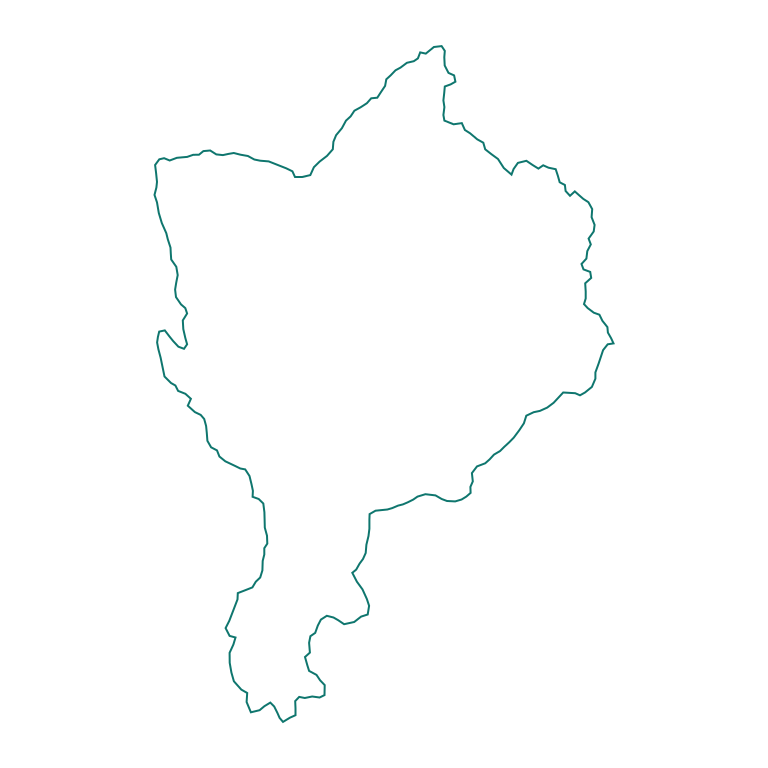 outline of Capão Bonito do Sul, Rio Grande do Sul, Brazil
{"feature_id": "56859067B51661934602442", "entity_name": "Capão Bonito do Sul", "entity_type": "district", "adm_level": 2, "iso_a3": "BRA", "parent_name": "Brazil", "parent_adm1": "Rio Grande do Sul", "projection": "orthographic", "projection_center": [-51.394, -28.175], "detail": "fine", "context": "isolated", "style": "outline", "palette": "teal", "viewbox_px": 768, "rotation_deg": 0, "n_neighbors": 0, "source": "geoboundaries", "source_scale": "gbopen_adm2", "svg_char_len": 3703}
<svg xmlns="http://www.w3.org/2000/svg" viewBox="0 0 768 768"><path d="M613.5,343.4L611.1,338.2L607.9,332.6L607.4,327.1L602.4,320.8L599.4,314.7L593.8,312.7L587.7,308.1L584.0,304.1L585.7,298.5L585.7,291.5L585.2,283.3L591.2,277.9L590.2,271.9L583.5,269.4L581.5,264.0L586.4,258.6L587.3,251.1L590.8,244.4L588.6,238.6L593.7,231.5L594.6,224.9L591.6,217.2L592.2,209.1L588.4,202.2L583.3,198.9L579.4,195.5L574.8,191.4L570.0,195.8L565.6,191.0L564.9,185.0L559.7,182.3L557.9,175.9L555.7,169.2L548.5,167.7L543.2,165.3L538.4,168.6L532.6,165.0L526.4,160.8L517.9,162.9L513.6,169.0L511.5,174.6L503.8,168.0L498.0,159.0L491.3,154.1L485.2,149.3L483.3,142.7L477.2,139.3L470.1,133.3L464.9,130.0L461.8,123.1L453.6,124.3L444.4,120.6L443.4,115.0L444.4,107.1L443.4,100.4L444.2,93.2L444.8,86.5L450.6,84.4L455.4,81.7L454.1,75.4L448.5,72.9L444.7,65.5L444.3,57.2L444.8,50.9L441.6,46.1L433.9,47.0L425.8,53.6L420.2,52.4L417.9,58.4L413.8,61.2L406.9,62.8L400.5,67.6L395.5,70.3L390.7,75.3L386.3,79.3L385.1,85.9L381.0,92.0L377.3,97.7L371.2,98.3L366.9,103.2L360.6,107.3L354.4,110.7L350.6,116.4L346.0,120.6L341.9,128.2L336.1,135.2L333.4,141.8L332.8,149.3L327.0,155.9L319.6,161.6L313.9,167.2L310.3,175.1L302.2,177.0L295.0,177.0L292.4,171.3L286.2,168.3L280.6,166.1L275.3,164.0L268.7,161.4L260.2,160.7L254.3,159.5L247.9,156.0L240.5,154.7L233.8,153.0L228.5,153.9L222.9,155.1L216.3,154.4L210.2,150.5L203.4,151.1L199.0,154.7L193.2,154.8L187.2,156.9L176.9,157.8L169.7,160.5L164.1,158.2L159.3,159.3L155.1,165.0L156.1,173.1L157.0,181.9L156.4,187.5L154.5,194.9L157.0,202.4L158.8,213.0L161.8,223.0L166.3,233.2L167.8,239.3L170.5,247.6L170.8,253.5L171.2,259.5L176.3,266.8L177.7,275.1L176.2,282.8L175.1,289.6L176.0,297.1L181.0,304.4L185.3,308.1L187.1,313.5L182.8,320.4L183.3,329.1L185.3,337.9L187.1,344.3L184.0,348.8L178.4,346.7L173.1,341.0L169.4,336.4L164.8,330.4L159.2,331.6L157.9,337.0L157.1,342.5L158.4,349.3L160.6,357.6L164.5,376.5L171.0,383.0L175.4,385.5L178.1,390.9L185.4,393.8L190.9,398.8L187.8,405.7L194.9,412.1L200.7,414.9L204.2,419.0L206.1,426.0L206.8,433.0L207.4,440.8L211.1,447.3L217.0,450.4L219.4,456.5L225.3,461.3L234.8,465.8L240.3,468.5L245.2,469.4L249.5,476.0L251.5,484.2L252.9,490.8L252.6,496.8L258.7,499.0L263.3,503.5L264.4,512.2L264.6,519.3L264.8,527.6L267.0,535.7L267.3,543.6L264.3,548.2L264.3,554.5L262.7,560.9L262.4,570.4L260.2,577.5L255.8,581.7L252.4,587.4L244.8,590.4L237.8,593.1L237.5,599.4L229.3,620.8L225.6,628.1L229.6,635.9L235.5,637.5L233.4,644.5L229.6,652.8L229.7,662.8L231.4,672.5L233.9,681.3L241.3,689.6L247.2,693.0L246.6,702.0L250.9,712.3L259.6,710.2L264.4,706.2L270.3,702.6L274.2,706.5L277.4,712.9L279.6,717.9L283.0,721.9L289.9,717.7L295.5,715.2L295.5,708.3L295.2,701.1L299.2,696.9L304.8,698.0L312.2,696.5L319.6,697.5L324.5,695.1L324.7,685.1L320.1,680.3L316.5,674.9L309.1,670.9L307.4,665.5L305.0,657.0L309.9,652.6L309.1,642.8L310.4,636.2L315.2,632.9L317.8,625.6L320.9,619.6L326.8,615.8L333.5,617.5L338.2,620.2L344.1,624.2L354.2,622.0L361.1,616.6L367.7,614.5L369.1,605.8L366.9,599.1L362.5,589.4L356.9,581.7L352.3,572.8L356.2,569.6L359.6,563.6L363.0,559.0L365.7,553.0L366.4,544.7L368.5,536.0L369.4,528.8L369.4,519.7L369.6,514.1L375.5,510.7L387.4,509.5L392.2,508.1L398.1,505.6L402.9,504.4L407.8,502.3L413.2,499.6L417.5,496.6L425.4,494.2L435.5,495.4L441.7,499.0L447.0,501.0L455.2,501.4L461.6,499.5L466.3,496.6L470.6,492.9L470.4,486.9L472.8,481.4L471.9,473.1L477.0,466.4L485.2,463.3L489.6,459.4L494.0,454.6L500.1,451.0L504.2,446.9L509.2,442.3L513.7,437.7L519.3,430.2L523.9,423.3L526.3,415.7L533.7,412.2L539.9,410.9L547.2,407.6L553.6,402.8L563.2,392.5L575.2,393.2L580.0,395.3L585.0,392.5L591.9,386.9L595.4,378.7L595.4,372.4L598.6,363.6L603.1,350.1L607.7,344.3L613.5,343.4Z" fill="none" stroke="#0f766e" stroke-width="2"/></svg>